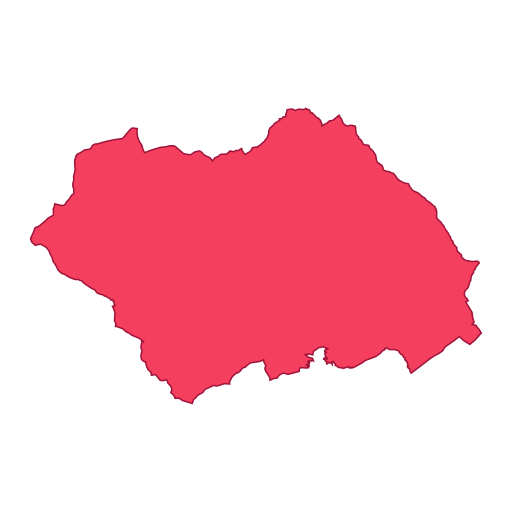 outline of Balcani, Bacau, Romania
{"feature_id": "2599482B16052251783931", "entity_name": "Balcani", "entity_type": "district", "adm_level": 2, "iso_a3": "ROU", "parent_name": "Romania", "parent_adm1": "Bacau", "projection": "equal_earth", "projection_center": [26.5, 46.643], "detail": "fine", "context": "isolated", "style": "filled", "palette": "rose", "viewbox_px": 512, "rotation_deg": 0, "n_neighbors": 0, "source": "geoboundaries", "source_scale": "gbopen_adm2", "svg_char_len": 6072}
<svg xmlns="http://www.w3.org/2000/svg" viewBox="0 0 512 512"><path d="M353.7,367.5L361.6,363.2L365.5,360.4L375.7,356.6L380.7,353.0L381.9,351.3L385.1,349.4L385.2,348.2L386.6,348.0L389.6,349.6L394.4,349.6L398.5,350.7L398.8,351.7L400.8,354.2L402.5,355.0L403.7,357.5L404.8,357.7L405.3,358.3L404.8,359.5L405.5,360.5L407.1,361.7L407.1,362.7L407.7,364.1L407.6,365.2L408.1,366.1L407.5,366.3L407.4,366.8L408.4,368.2L409.5,368.5L410.0,371.1L411.2,373.2L429.9,358.8L435.0,355.4L438.7,353.6L442.8,350.7L443.8,348.6L445.8,346.4L454.0,340.7L459.2,336.6L464.0,340.8L469.8,344.4L474.3,340.7L478.7,336.1L478.4,335.9L481.3,333.2L479.3,329.7L476.4,326.2L476.3,325.4L474.6,325.3L474.0,324.8L472.1,324.5L474.1,322.2L472.5,317.1L472.5,314.7L471.7,314.0L472.2,313.1L472.1,312.4L465.7,301.8L468.2,300.7L467.5,299.2L465.1,296.8L464.2,293.8L465.2,290.6L467.8,288.0L468.9,285.3L469.8,281.9L470.8,280.2L470.9,278.2L471.6,275.5L473.5,272.7L473.6,270.8L474.9,269.6L475.9,267.0L479.2,263.0L478.7,262.0L477.2,261.1L472.2,261.6L465.4,260.3L462.1,257.7L461.5,256.5L461.5,255.0L457.7,251.5L456.8,249.6L456.8,247.6L453.8,244.3L453.1,242.7L452.9,241.5L451.1,239.6L450.5,237.0L449.4,235.6L448.3,233.2L444.8,228.4L443.7,225.7L442.1,224.1L441.0,222.2L437.3,218.9L436.6,216.9L436.7,212.3L436.4,210.0L435.1,207.0L429.7,202.4L426.7,200.5L424.8,198.0L422.3,196.5L418.2,193.0L412.6,190.4L410.0,187.0L408.5,183.8L403.8,182.8L399.7,180.6L397.4,178.7L395.0,175.2L393.3,173.3L391.5,172.9L389.4,171.7L385.6,171.1L383.7,170.1L383.2,169.2L382.9,167.3L381.8,165.3L377.7,162.6L377.2,161.9L376.7,161.0L375.6,154.9L372.4,150.4L369.5,147.8L368.9,145.5L367.6,145.1L365.9,145.1L363.0,144.0L361.7,141.0L360.4,139.4L358.7,138.5L358.6,136.9L356.9,135.0L356.3,133.7L355.9,131.6L355.5,127.0L355.1,126.1L352.2,125.4L349.9,125.3L347.3,126.2L344.4,124.5L342.7,122.4L341.4,118.6L340.2,117.8L339.8,116.2L339.0,115.2L333.4,119.9L332.4,120.5L329.5,120.8L327.1,123.1L324.1,124.5L322.2,126.0L321.5,125.2L322.0,124.6L320.9,121.3L319.9,119.7L318.9,119.1L318.7,118.3L316.8,117.5L315.2,116.2L315.0,115.6L313.2,114.1L313.0,113.5L312.3,113.0L310.5,112.6L310.4,111.6L309.1,109.7L307.7,109.6L306.5,108.9L306.3,109.2L305.6,108.5L305.3,109.1L302.7,109.6L299.5,109.1L297.2,109.6L295.4,110.6L294.1,109.7L291.7,109.0L287.2,109.7L286.5,112.7L285.7,114.4L285.9,115.6L285.6,116.6L283.1,116.9L283.1,117.4L281.7,118.5L279.4,118.8L279.8,120.1L274.3,123.6L273.9,124.6L270.1,127.9L268.7,131.0L268.7,133.7L267.0,138.0L265.7,139.3L264.4,141.3L260.1,145.1L256.6,147.2L253.9,147.3L252.3,147.9L250.9,150.5L249.8,151.7L245.0,154.4L243.5,152.7L241.6,149.2L241.7,148.6L241.3,148.5L238.3,150.6L236.0,150.4L233.8,151.8L230.2,150.9L229.9,151.7L229.2,151.7L226.8,154.0L220.8,154.3L218.3,156.3L214.9,157.8L212.5,160.8L210.1,157.8L204.4,155.2L201.4,152.0L199.6,151.0L198.7,151.0L194.7,152.0L191.0,154.5L189.0,154.7L183.7,153.7L175.2,146.4L173.3,145.7L168.9,145.9L165.9,146.8L160.5,147.3L150.4,150.4L144.5,152.7L142.8,148.8L141.8,145.2L139.2,141.2L137.4,136.3L136.9,130.9L137.3,128.6L133.0,128.0L131.8,128.2L129.8,129.9L122.6,138.5L114.6,139.6L105.8,141.5L97.7,143.8L94.5,144.2L92.4,145.6L90.7,148.5L90.0,149.1L84.5,150.0L81.2,152.3L77.2,154.2L75.9,156.1L74.9,159.9L74.7,162.8L75.1,170.1L73.5,177.1L73.9,179.7L72.8,183.6L72.9,186.5L73.7,188.6L73.9,193.5L71.7,195.1L69.2,199.1L66.6,201.8L65.3,204.0L63.9,205.2L62.4,205.6L54.7,203.9L54.5,206.3L53.3,208.8L53.4,214.2L52.9,215.5L48.2,218.0L45.3,220.9L39.3,225.9L35.1,227.8L32.9,233.6L30.7,238.0L30.7,239.4L31.8,242.1L35.2,245.3L38.8,244.4L40.9,244.3L46.3,247.4L48.8,250.6L50.5,254.7L52.0,257.3L53.1,261.2L56.2,266.1L58.1,270.1L61.3,273.2L64.7,274.4L68.3,276.8L72.0,278.4L75.7,279.6L77.2,279.3L82.0,281.0L83.4,282.7L85.6,284.4L91.6,288.4L95.2,290.1L96.6,292.5L99.5,294.1L102.4,294.6L104.5,296.0L105.8,296.2L108.2,297.8L109.9,298.5L110.7,300.0L113.1,299.8L113.7,300.8L113.1,301.3L113.9,302.3L114.8,304.8L114.2,305.0L114.6,306.2L112.5,306.3L114.1,309.9L115.0,313.2L114.5,320.4L114.9,321.9L115.7,323.0L115.9,323.8L115.5,326.5L117.7,326.8L122.6,328.7L126.6,332.1L128.9,333.0L131.8,335.2L138.7,338.1L140.4,339.1L141.4,339.9L141.6,341.4L143.4,341.3L142.5,342.6L141.5,343.2L141.0,346.1L141.0,347.5L142.1,351.4L141.5,352.6L141.0,354.8L141.0,357.1L141.6,359.6L143.5,361.2L145.5,362.1L146.6,366.4L148.0,369.6L151.1,372.5L151.4,375.3L154.4,374.7L155.9,375.0L160.3,380.5L163.8,380.6L166.7,379.7L168.1,383.5L170.1,385.3L171.7,388.2L171.9,389.8L170.8,392.6L172.9,394.4L174.7,396.7L174.9,398.3L179.3,398.3L182.3,400.4L192.2,403.5L193.7,399.4L195.7,397.8L197.3,395.6L203.0,392.3L204.4,390.1L205.2,389.3L213.9,385.3L215.5,385.9L217.5,385.9L224.1,383.7L229.7,384.0L229.4,382.0L232.3,376.6L236.0,373.3L237.7,372.9L240.3,371.0L242.3,368.2L245.4,367.1L245.9,366.3L250.3,362.9L259.1,361.6L262.2,360.5L263.6,359.7L263.9,361.8L264.9,364.0L265.7,364.9L265.7,365.7L264.9,368.2L265.1,369.7L265.8,371.4L269.5,377.1L269.6,377.9L270.2,378.7L269.9,380.1L271.7,379.6L272.2,379.0L277.4,377.9L278.9,375.4L282.5,373.3L283.9,373.2L288.2,374.3L298.9,371.5L299.3,371.3L299.2,369.4L300.0,367.9L301.5,367.7L306.4,368.0L308.6,367.7L308.7,367.2L308.4,367.0L308.9,366.4L306.8,365.5L306.5,364.8L307.3,364.6L309.1,365.7L309.1,364.8L308.6,363.2L308.0,362.9L308.0,362.5L309.2,362.9L309.1,362.4L309.5,362.3L309.0,361.5L308.1,361.4L308.4,360.9L309.7,361.2L309.9,360.4L310.2,360.3L311.8,361.0L312.4,360.3L313.4,360.9L312.6,358.4L309.0,357.4L307.3,356.6L306.9,355.2L305.4,355.2L305.5,354.3L309.4,354.1L312.8,354.9L312.8,353.8L313.6,351.2L317.2,348.9L318.0,347.9L323.0,346.8L326.9,348.4L325.9,348.6L325.9,349.1L326.7,349.3L325.4,349.8L324.6,350.9L324.8,351.6L325.7,351.6L325.5,352.6L325.8,352.7L324.8,353.3L325.4,356.2L326.0,356.8L326.0,357.4L327.2,358.1L327.1,359.1L325.1,358.8L325.1,358.1L324.5,358.0L324.1,358.0L323.5,359.0L325.2,360.2L325.6,361.2L326.7,361.7L326.8,362.4L326.5,363.3L327.0,364.0L329.1,362.5L330.1,362.9L330.8,362.7L332.2,364.4L332.0,361.7L333.5,361.5L334.2,363.1L335.4,363.9L335.3,365.5L336.0,365.5L338.4,367.4L343.1,368.1L343.2,368.4L348.1,366.8L348.8,367.0L348.9,367.8L351.5,368.0L351.2,367.4L353.7,367.5Z" fill="#f43f5e" stroke="#9f1239" stroke-width="1.5"/></svg>